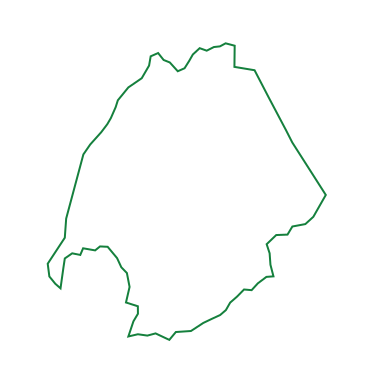 outline of Doutor Severiano, Rio Grande do Norte, Brazil, rotated 188°
{"feature_id": "56859067B85675628272151", "entity_name": "Doutor Severiano", "entity_type": "district", "adm_level": 2, "iso_a3": "BRA", "parent_name": "Brazil", "parent_adm1": "Rio Grande do Norte", "projection": "natural_earth1", "projection_center": [-38.397, -6.115], "detail": "fine", "context": "isolated", "style": "outline", "palette": "green", "viewbox_px": 384, "rotation_deg": 188, "n_neighbors": 0, "source": "geoboundaries", "source_scale": "gbopen_adm2", "svg_char_len": 1107}
<svg xmlns="http://www.w3.org/2000/svg" viewBox="0 0 384 384"><g transform="rotate(188 192 192)"><path d="M188.5,51.1L173.7,54.2L162.6,63.9L154.6,69.2L147.0,74.1L142.0,79.8L138.8,87.8L132.9,94.6L126.9,102.7L119.3,103.1L114.1,110.7L106.5,118.3L99.6,119.8L104.2,130.9L106.6,142.1L110.8,150.7L102.6,161.1L91.5,163.1L87.8,171.8L75.3,176.0L68.4,184.3L59.1,207.7L74.5,225.7L99.6,255.0L107.3,266.0L111.5,271.8L129.2,296.3L147.0,321.3L167.4,321.8L170.1,342.8L179.4,343.9L184.6,340.1L190.5,338.6L197.1,334.0L204.4,335.5L210.3,328.3L213.0,321.5L216.6,313.5L222.9,309.6L232.0,317.2L238.5,318.8L244.9,324.9L251.8,320.6L252.1,311.2L257.6,297.7L269.6,286.7L278.2,272.5L279.4,265.4L282.6,254.0L285.3,247.4L290.2,238.6L299.4,224.9L304.8,214.1L312.9,148.2L311.6,129.0L324.9,100.9L321.5,88.5L314.6,82.1L308.8,78.3L308.8,99.6L308.7,108.5L302.1,114.6L293.9,114.1L292.0,121.1L279.8,120.7L275.5,125.3L267.9,126.0L257.0,116.1L251.5,107.6L245.2,102.7L240.6,89.3L242.0,73.4L229.7,71.3L228.6,63.9L232.0,55.8L234.9,40.1L225.8,43.6L216.2,43.6L208.4,46.9L193.9,42.4L188.5,51.1Z" fill="none" stroke="#15803d" stroke-width="2"/></g></svg>